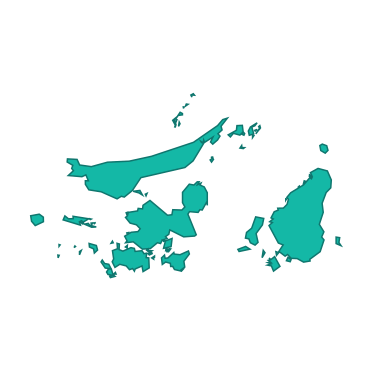 Halmahera Selatan, Maluku Utara, Indonesia, rotated 279°
{"feature_id": "22746128B2838702785556", "entity_name": "Halmahera Selatan", "entity_type": "district", "adm_level": 2, "iso_a3": "IDN", "parent_name": "Indonesia", "parent_adm1": "Maluku Utara", "projection": "robinson", "projection_center": [127.53, -0.746], "detail": "fine", "context": "isolated", "style": "filled", "palette": "teal", "viewbox_px": 384, "rotation_deg": 279, "n_neighbors": 0, "source": "geoboundaries", "source_scale": "gbopen_adm2", "svg_char_len": 6126}
<svg xmlns="http://www.w3.org/2000/svg" viewBox="0 0 384 384"><g transform="rotate(279 192 192)"><path d="M170.9,273.3L155.1,285.3L154.0,290.3L145.8,286.6L146.2,284.2L142.7,285.4L146.6,287.7L143.2,294.0L145.2,296.2L142.0,300.3L142.7,306.3L140.2,313.2L142.3,319.4L144.0,318.9L153.1,327.9L165.3,329.9L167.8,327.1L173.3,328.5L180.0,322.8L192.4,324.8L201.2,322.3L212.5,324.6L217.8,328.4L225.7,327.7L234.0,322.4L235.0,312.8L229.7,306.0L225.8,308.5L223.7,307.9L224.5,306.1L216.4,301.0L206.7,289.6L201.5,286.5L199.9,288.4L194.6,287.8L190.4,284.8L189.4,279.2L187.6,280.0L185.4,276.3L178.8,274.1L178.1,276.4L174.8,273.4L174.4,276.1L170.9,273.3ZM178.0,89.8L178.0,102.3L173.5,119.1L176.7,122.8L176.4,125.9L184.2,132.9L198.2,139.3L215.1,181.2L222.9,188.2L233.4,192.5L241.6,195.8L242.5,193.5L243.5,192.7L242.4,195.4L245.2,195.4L243.0,196.7L249.6,204.1L244.3,202.5L242.5,205.0L247.4,209.1L251.6,210.9L253.6,208.5L258.0,212.0L261.5,210.4L270.5,215.4L268.3,211.0L261.6,206.9L241.3,185.7L220.9,146.4L212.6,125.1L208.2,103.8L201.3,88.6L201.1,76.8L206.2,73.4L205.2,63.8L202.1,64.0L199.7,70.1L196.4,69.5L194.5,71.6L188.9,67.2L189.9,80.9L192.3,84.5L186.9,87.9L186.4,84.9L182.9,85.5L178.0,89.8ZM156.5,130.3L151.6,135.7L150.9,142.3L147.6,146.6L144.4,144.8L142.7,138.2L137.8,132.4L133.6,135.5L131.5,134.3L133.6,141.8L127.8,151.9L129.7,159.8L136.5,165.8L136.2,169.0L139.9,170.1L142.2,174.7L143.8,172.8L146.6,175.7L151.1,176.0L146.4,190.8L148.9,201.5L150.4,202.9L169.5,191.4L172.2,192.6L172.8,201.2L175.8,202.6L175.8,204.9L184.5,208.1L181.2,209.2L193.7,207.2L198.9,203.3L200.1,198.9L202.2,199.5L200.0,196.3L203.2,197.5L202.9,195.6L199.2,192.8L199.3,188.1L190.2,182.7L180.0,184.3L176.1,187.3L172.6,184.8L171.5,175.8L166.4,175.7L165.2,171.5L177.1,151.8L171.2,145.7L167.6,145.8L167.4,141.4L164.8,141.2L161.9,132.3L158.3,131.9L156.5,130.3ZM121.6,122.6L113.6,125.1L110.6,124.1L105.5,127.7L109.3,132.0L108.7,138.6L105.5,142.4L107.1,145.3L104.8,147.5L107.1,147.9L111.1,154.2L105.7,156.1L110.3,161.6L120.2,159.6L120.0,157.0L124.5,156.8L123.6,154.2L126.2,151.8L124.4,145.1L127.3,143.9L127.5,140.4L122.8,133.0L123.7,129.0L129.3,128.4L129.6,126.0L124.3,127.3L121.6,122.6ZM122.1,172.2L115.8,174.0L118.7,176.9L118.2,181.8L115.1,182.6L115.5,184.6L112.7,186.8L112.3,192.4L116.7,196.6L122.3,194.8L130.4,199.1L133.2,197.7L128.2,190.0L127.9,184.1L129.4,183.5L123.1,178.5L122.3,175.8L125.4,174.7L122.1,172.2ZM160.6,252.2L154.8,252.0L154.6,255.5L151.0,257.6L149.4,262.6L152.6,265.1L161.0,261.8L170.5,266.7L177.1,267.0L177.4,258.8L165.6,256.6L160.6,252.2ZM143.3,36.4L138.0,38.1L134.3,42.4L139.4,49.9L143.9,49.1L146.2,44.6L143.3,36.4ZM148.5,70.2L144.3,69.1L141.8,87.0L145.0,85.4L146.4,87.4L145.2,89.2L149.4,94.2L149.4,78.3L147.1,78.9L146.2,74.2L148.5,70.2ZM136.4,278.0L134.9,280.7L134.1,278.1L133.4,281.4L131.6,278.0L131.4,282.0L126.6,284.9L132.3,290.5L141.1,283.7L137.6,280.5L138.9,278.5L137.2,279.8L136.4,278.0ZM254.1,218.8L252.4,221.3L256.4,223.7L255.7,230.4L259.4,233.1L265.7,231.3L264.6,226.0L259.9,226.2L254.1,218.8ZM139.5,173.4L131.9,172.7L134.8,179.9L143.0,179.6L139.5,173.4ZM257.9,311.0L253.1,312.7L251.2,317.5L254.4,319.8L258.8,317.8L259.7,313.2L257.9,311.0ZM125.1,98.4L121.6,99.3L120.4,103.7L116.4,105.1L119.9,107.8L124.2,105.9L125.1,98.4ZM146.6,253.5L142.5,246.3L140.6,247.8L144.6,258.2L146.6,253.5ZM261.0,238.1L257.0,239.7L259.0,243.9L265.5,240.9L267.2,243.7L270.5,245.5L265.3,239.5L261.0,238.1ZM108.7,113.1L103.3,118.2L103.6,124.0L107.6,121.1L107.7,116.9L110.8,114.0L108.7,113.1ZM99.6,120.1L97.4,121.9L97.4,126.6L95.9,123.9L94.7,124.8L96.6,129.1L97.5,127.2L103.4,124.3L102.8,121.5L99.6,120.1ZM170.0,341.4L163.6,342.4L162.3,347.6L165.1,345.0L170.0,345.0L170.0,341.4ZM143.4,90.8L141.5,98.4L142.5,102.9L143.2,96.2L144.8,94.4L143.4,90.8ZM264.8,166.2L259.8,161.7L256.0,164.6L261.8,166.0L258.3,164.3L259.9,163.1L264.8,166.2ZM183.5,133.8L182.8,139.7L181.2,143.6L185.4,140.3L183.5,133.8ZM142.5,297.0L138.9,296.0L138.5,299.9L140.7,300.4L142.5,297.0ZM145.5,271.5L138.1,271.5L143.4,273.6L145.5,271.5ZM127.4,156.3L125.6,159.4L127.7,161.7L127.4,158.0L128.9,157.6L127.4,156.3ZM132.4,175.2L130.0,175.2L132.9,179.9L131.7,177.0L132.4,175.2ZM226.5,204.9L224.6,206.6L227.5,208.1L228.5,206.9L226.5,204.9ZM265.4,166.2L266.7,170.5L268.0,170.3L268.9,167.8L265.4,166.2ZM256.8,232.2L256.2,234.4L257.9,234.9L259.1,233.5L256.8,232.2ZM245.7,233.8L242.9,232.5L242.9,235.9L244.0,236.9L243.7,234.4L245.7,233.8ZM287.6,175.7L285.7,177.0L287.8,176.5L288.0,179.3L289.3,177.9L287.6,175.7ZM108.7,69.4L106.0,70.1L108.7,70.7L108.7,69.4ZM131.8,179.5L130.1,176.4L129.1,176.5L129.3,178.2L131.8,179.5ZM278.0,172.6L275.8,172.1L278.0,174.4L278.0,172.6ZM264.5,248.2L259.4,245.9L264.7,248.8L264.5,248.2ZM161.2,130.2L159.1,131.4L161.9,131.5L161.2,130.2ZM124.2,158.2L123.1,159.7L124.9,162.3L125.7,161.8L124.2,158.2ZM122.9,165.0L120.6,162.5L119.7,164.6L120.7,164.3L121.6,165.2L122.9,165.0ZM145.5,97.2L143.7,98.0L145.9,98.6L145.5,97.2ZM259.1,168.4L255.4,168.4L255.3,168.6L257.5,169.5L259.1,168.4ZM129.2,136.5L127.3,134.8L126.6,136.7L129.2,136.5ZM115.6,90.2L112.3,90.7L117.0,91.8L115.6,90.2ZM264.0,246.5L262.7,244.3L262.0,244.9L264.0,246.5ZM227.4,305.4L225.7,305.5L225.2,306.9L226.5,307.7L227.4,305.4ZM257.4,243.0L255.2,243.3L257.3,244.3L257.4,243.0ZM142.1,135.8L141.1,133.3L141.7,135.8L142.1,135.8ZM100.6,128.9L98.9,127.6L99.1,129.8L100.6,128.9ZM182.5,146.2L181.0,147.2L183.6,147.8L182.5,146.2ZM268.2,248.6L267.1,247.6L265.0,249.1L266.0,249.6L268.2,248.6ZM131.0,121.1L128.7,120.1L129.5,122.1L131.0,121.1ZM214.7,297.1L213.0,295.8L214.1,297.5L214.7,297.1ZM256.8,165.3L253.6,164.8L253.6,165.3L255.9,165.7L256.8,165.3ZM144.6,87.1L143.3,88.7L143.8,90.0L144.7,89.5L144.6,87.1ZM120.4,84.8L118.7,84.2L119.9,85.5L120.4,84.8ZM112.3,192.8L112.1,193.9L115.6,196.2L112.3,192.8ZM119.3,68.9L117.6,69.2L119.1,70.0L119.3,68.9ZM220.6,301.1L218.7,300.9L220.4,302.2L220.6,301.1ZM139.7,172.7L139.8,170.7L138.8,171.7L139.7,172.7ZM198.6,285.9L199.8,286.4L199.9,285.7L198.6,285.9ZM229.8,206.9L229.3,205.3L228.9,207.3L229.8,206.9ZM274.7,170.1L273.2,170.5L274.7,170.7L274.7,170.1ZM146.8,101.6L145.9,99.9L145.4,100.4L146.8,101.6ZM149.5,96.7L149.7,94.1L148.9,95.9L149.5,96.7Z" fill="#14b8a6" stroke="#0f766e" stroke-width="1.5"/></g></svg>